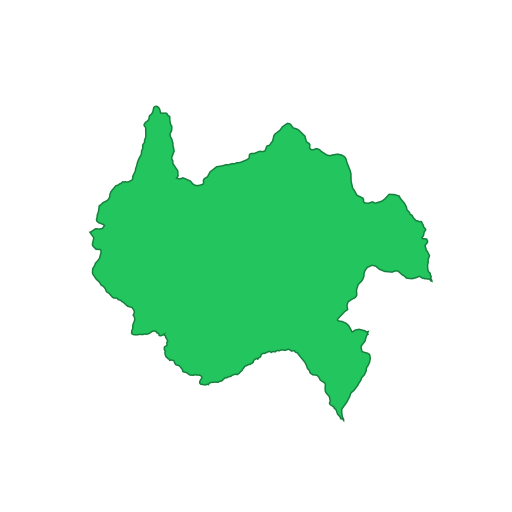 outline of Santa Cruz, Cajamarca, Peru, rotated 223°
{"feature_id": "86281439B67227592108094", "entity_name": "Santa Cruz", "entity_type": "district", "adm_level": 2, "iso_a3": "PER", "parent_name": "Peru", "parent_adm1": "Cajamarca", "projection": "natural_earth1", "projection_center": [-79.012, -6.689], "detail": "fine", "context": "isolated", "style": "filled", "palette": "green", "viewbox_px": 512, "rotation_deg": 223, "n_neighbors": 0, "source": "geoboundaries", "source_scale": "gbopen_adm2", "svg_char_len": 6144}
<svg xmlns="http://www.w3.org/2000/svg" viewBox="0 0 512 512"><g transform="rotate(223 256 256)"><path d="M110.1,357.5L111.0,358.2L112.8,358.7L114.0,360.6L115.3,360.8L116.7,362.1L117.9,362.3L119.1,362.0L121.6,363.7L124.6,366.6L125.6,368.7L127.6,370.6L129.3,374.5L134.1,376.3L135.8,376.4L136.9,377.5L139.5,378.8L139.9,383.0L141.3,384.3L142.9,384.7L146.0,382.3L147.1,382.4L147.4,385.1L149.4,388.3L149.7,390.8L150.2,391.3L153.2,391.6L154.7,392.6L158.5,393.9L159.0,393.7L159.7,392.5L161.7,392.0L162.9,391.0L166.9,391.2L169.7,392.2L171.8,391.5L173.2,392.5L177.2,392.8L179.6,394.5L183.4,395.8L189.9,396.6L192.0,397.5L196.7,395.3L200.7,391.9L200.7,385.3L201.4,381.8L204.7,376.1L205.2,375.5L207.3,375.3L208.0,374.7L209.8,371.1L212.7,369.0L214.3,369.0L215.9,370.7L217.4,371.2L223.5,369.3L229.2,371.1L231.5,371.5L237.4,375.5L242.8,381.0L245.3,382.6L253.5,386.5L255.8,388.0L257.8,388.8L259.4,388.9L262.7,388.1L264.4,386.8L265.5,386.5L269.6,381.2L270.0,380.0L272.9,378.2L279.7,377.0L282.0,377.1L284.6,376.1L285.5,375.1L286.4,373.1L287.3,371.9L288.4,371.4L290.5,371.5L292.5,374.1L293.9,374.5L296.5,374.0L298.0,374.5L302.1,377.1L303.4,377.1L304.0,376.8L304.7,377.1L310.9,377.2L313.6,376.4L316.0,375.0L320.4,375.8L321.7,375.6L323.5,374.4L324.8,368.4L324.2,364.6L325.3,357.8L324.9,356.0L322.1,351.2L322.2,349.5L321.6,346.7L321.8,345.7L322.7,344.7L323.0,343.7L321.1,339.0L322.3,336.9L324.2,335.5L325.2,334.2L327.2,329.7L329.0,328.2L329.6,327.2L329.9,326.4L329.6,325.1L327.9,323.2L327.8,322.7L328.3,320.2L331.0,314.3L332.1,312.5L333.6,311.1L334.5,308.9L336.4,307.3L338.6,303.5L340.2,302.4L342.0,299.1L345.7,294.3L346.9,286.0L345.5,280.8L346.5,277.5L346.2,275.6L344.1,273.6L343.7,272.8L344.2,271.4L346.1,268.3L348.0,266.6L349.6,265.9L351.8,265.6L355.0,266.1L361.5,263.8L363.0,263.1L363.3,262.0L364.7,260.0L367.2,258.8L367.6,261.4L371.3,264.9L379.8,266.9L381.7,268.8L383.6,269.5L384.8,270.5L387.4,276.9L392.6,280.6L393.6,281.8L397.7,284.2L399.8,284.8L402.1,286.4L403.3,290.3L405.7,293.1L406.3,293.6L407.8,293.8L411.4,296.3L413.8,298.8L414.6,299.2L415.7,298.6L418.3,299.4L419.1,299.2L422.9,295.7L423.4,295.6L426.5,297.6L428.5,298.2L430.2,298.0L431.3,297.3L431.8,296.3L432.1,295.0L429.7,290.9L429.2,288.7L429.5,285.8L427.5,282.7L427.5,280.1L428.0,278.4L427.5,275.9L426.7,275.1L424.3,274.7L417.9,268.1L416.3,264.4L415.1,263.3L414.6,260.2L414.0,259.2L412.3,257.7L411.3,254.8L409.3,252.3L407.9,247.0L406.4,243.3L404.8,240.7L403.7,238.0L402.1,235.6L400.5,230.3L399.0,228.7L398.5,227.3L399.7,223.4L400.9,221.9L402.3,221.1L403.1,220.0L404.1,219.3L404.1,217.1L404.8,216.2L405.2,214.0L406.4,211.7L406.0,204.3L405.0,201.7L403.2,199.3L402.6,197.1L402.7,194.9L404.3,190.6L404.4,187.4L404.9,185.9L401.3,180.7L400.0,177.6L398.4,175.7L397.7,174.0L396.2,173.0L394.0,173.0L388.9,175.0L387.6,174.9L387.1,171.4L388.9,168.8L391.9,166.6L393.2,161.0L393.7,160.1L387.4,158.8L386.7,158.2L383.6,152.9L382.3,152.1L377.6,151.8L374.5,154.4L373.8,154.5L372.0,153.3L369.0,147.8L368.5,145.0L368.5,141.2L367.5,139.2L366.8,135.5L364.5,132.5L363.0,131.5L357.1,130.1L352.5,130.1L349.4,129.1L347.1,129.7L344.0,129.3L340.9,127.9L338.4,128.5L333.0,128.0L331.3,128.3L329.1,130.4L327.1,130.1L324.7,131.3L322.9,131.2L321.6,131.7L315.6,131.7L311.6,133.8L308.4,133.1L306.5,131.9L305.5,129.0L303.2,128.4L301.1,126.6L299.0,121.5L296.8,119.0L295.7,116.4L294.2,114.6L293.6,114.5L292.1,114.9L289.7,116.7L287.3,119.7L285.4,121.1L284.3,123.0L282.8,124.0L281.3,126.3L280.4,130.4L279.1,131.9L278.0,132.7L276.1,132.2L274.5,132.8L273.6,132.7L272.8,131.9L272.1,132.1L271.4,132.5L270.7,133.6L269.8,136.3L269.6,135.5L267.9,135.8L266.4,134.8L264.8,134.5L262.6,133.6L262.2,131.9L260.3,130.1L260.3,129.0L260.9,127.3L260.5,126.3L259.0,124.9L257.3,124.5L256.7,123.2L255.6,122.2L252.7,120.8L251.9,121.1L250.2,120.9L248.8,121.4L248.0,120.8L246.6,122.5L244.9,123.4L243.8,123.1L242.4,122.2L240.3,121.8L237.9,123.2L236.8,123.4L232.1,122.7L230.9,121.6L229.8,121.9L227.7,123.2L223.1,123.9L220.2,126.3L219.9,127.6L218.3,128.3L218.0,128.9L215.1,130.8L213.4,130.7L212.6,130.2L211.6,126.0L210.5,124.7L209.1,124.5L205.6,126.8L204.8,127.6L204.4,128.8L203.1,129.4L203.4,131.0L202.9,132.5L199.9,135.9L197.7,137.7L197.0,139.8L195.9,141.1L195.5,146.0L194.4,146.8L193.9,148.6L192.3,150.9L192.1,152.6L190.5,155.4L190.0,156.0L188.9,156.3L188.3,158.8L188.4,160.8L188.1,162.8L188.6,164.3L188.6,166.2L189.0,167.3L187.3,171.7L186.4,172.6L186.5,173.4L185.9,174.2L185.5,176.2L186.5,178.2L186.0,181.0L185.5,181.7L184.8,181.5L184.3,181.7L184.7,182.8L183.9,185.2L185.0,187.6L184.5,189.6L183.3,190.6L181.2,195.5L179.0,195.9L178.6,197.6L176.6,199.0L176.1,201.5L174.4,202.4L173.6,204.3L171.8,206.0L170.8,206.4L169.7,207.9L169.0,209.8L166.0,210.8L165.3,210.6L164.0,212.3L163.0,212.9L161.5,212.6L159.2,213.5L158.1,213.0L147.7,211.6L145.0,210.6L141.6,208.9L138.6,208.6L137.3,207.7L136.4,207.4L133.3,207.9L130.9,209.9L129.4,210.4L127.2,210.2L124.4,209.1L119.0,210.0L117.6,209.3L115.0,206.1L112.9,204.3L111.3,203.7L106.5,203.2L102.8,200.6L102.0,198.6L100.7,197.9L95.6,198.7L95.3,198.1L92.6,198.1L88.4,196.0L84.8,195.7L83.2,194.8L81.2,195.9L79.9,195.6L80.4,196.2L83.2,197.3L86.0,199.5L88.3,201.8L88.9,202.9L89.9,210.9L91.5,216.9L92.8,219.4L93.1,221.1L92.7,224.5L93.4,231.0L93.9,232.4L94.6,236.6L95.7,239.1L95.7,242.9L97.1,247.2L98.6,249.1L99.1,250.3L99.4,252.5L100.5,255.7L102.6,259.1L105.7,261.4L106.5,261.3L108.0,261.0L112.5,258.7L113.5,258.5L117.1,261.0L117.7,262.3L118.2,268.0L120.5,272.3L121.0,274.1L120.7,275.2L121.8,275.5L122.4,277.3L123.3,275.8L125.4,275.6L130.6,272.7L133.1,269.1L133.5,266.6L133.9,266.0L140.5,268.2L143.8,268.3L148.3,266.9L151.0,265.0L152.5,264.6L153.0,265.0L153.3,265.9L153.2,276.0L152.4,279.3L155.6,281.7L156.7,283.5L157.3,285.3L156.5,289.5L155.2,292.8L155.2,294.7L155.7,296.2L159.3,299.6L161.8,304.8L161.7,310.3L162.2,312.2L163.1,314.5L165.5,317.5L166.4,320.1L166.9,324.1L166.2,324.8L165.1,328.0L163.1,329.4L161.3,330.3L156.9,330.4L151.5,332.4L145.5,337.0L144.0,340.0L142.0,341.8L135.8,342.0L133.7,342.6L131.7,342.4L130.4,342.7L126.3,345.9L124.1,349.3L123.0,352.0L122.4,352.7L118.8,353.4L117.8,354.3L116.9,354.5L116.3,355.5L114.8,356.1L113.4,357.5L111.1,357.1L110.1,357.5Z" fill="#22c55e" stroke="#15803d" stroke-width="1.5"/></g></svg>